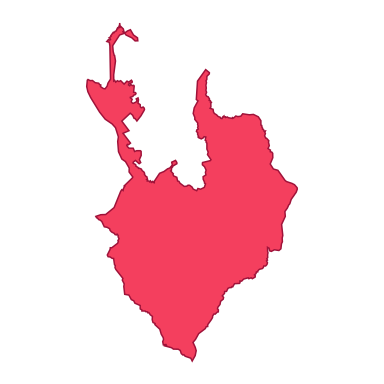 outline of Caloto, Cauca, Colombia
{"feature_id": "7082276B98035381809124", "entity_name": "Caloto", "entity_type": "district", "adm_level": 2, "iso_a3": "COL", "parent_name": "Colombia", "parent_adm1": "Cauca", "projection": "albers", "projection_center": [-76.384, 3.067], "detail": "fine", "context": "isolated", "style": "filled", "palette": "rose", "viewbox_px": 384, "rotation_deg": 0, "n_neighbors": 0, "source": "geoboundaries", "source_scale": "gbopen_adm2", "svg_char_len": 6005}
<svg xmlns="http://www.w3.org/2000/svg" viewBox="0 0 384 384"><path d="M123.3,28.9L120.0,25.7L119.7,23.0L119.5,25.6L120.5,27.0L119.9,27.5L119.0,26.3L118.5,27.6L117.7,27.6L117.3,28.5L117.6,28.8L116.8,29.2L116.4,30.8L115.3,31.2L113.9,32.8L113.3,32.3L110.8,35.7L111.0,36.4L109.1,37.8L110.0,38.4L110.5,39.5L109.7,40.1L108.4,39.6L106.8,41.5L109.3,42.3L109.9,45.9L110.5,79.1L108.0,83.1L107.1,86.2L105.1,88.8L103.3,88.5L100.5,86.6L100.8,85.0L99.6,84.6L98.7,83.2L95.2,82.7L92.5,80.5L90.1,80.6L88.0,79.5L87.3,80.2L86.7,86.6L87.9,91.8L90.7,97.6L99.6,112.1L105.2,119.2L112.1,123.9L115.5,127.7L118.4,136.9L117.7,141.4L118.5,151.7L121.8,159.0L125.5,161.6L129.2,168.0L129.1,172.0L132.8,177.0L132.3,178.0L124.2,185.9L124.8,186.2L123.4,188.6L123.1,190.5L121.8,189.7L120.7,191.3L114.1,207.6L105.7,214.5L100.8,214.7L95.8,216.4L96.6,217.8L97.4,218.0L98.7,219.6L100.3,220.2L101.8,221.5L104.3,226.8L107.1,227.3L109.6,228.7L110.1,230.4L111.6,232.0L114.3,233.4L115.1,234.6L116.7,234.9L117.1,234.2L118.2,235.5L118.1,236.8L119.0,238.7L117.9,240.7L118.3,241.5L117.7,243.2L111.7,247.8L110.3,247.7L110.1,249.4L107.3,255.0L108.1,256.7L110.2,257.0L112.2,258.4L113.6,258.4L114.5,264.7L115.3,265.6L115.0,267.6L115.9,269.5L122.9,278.4L122.3,280.1L124.2,283.9L123.8,286.4L124.7,294.3L128.9,295.1L131.3,299.6L133.8,300.8L134.9,303.2L140.2,305.5L140.2,308.9L141.9,310.0L141.9,311.0L145.1,311.0L145.5,311.6L147.6,311.9L147.8,312.8L149.0,312.8L150.3,314.8L152.4,316.4L152.2,319.7L153.0,322.5L155.1,323.5L154.9,324.6L159.8,329.2L161.2,334.1L163.3,337.8L163.5,339.7L162.7,341.6L163.3,344.8L166.0,344.5L166.4,345.3L163.7,345.6L171.5,347.7L173.4,349.1L178.2,349.2L180.2,350.4L181.3,353.6L182.9,355.0L183.8,354.7L185.1,356.2L190.8,358.2L192.2,361.0L195.2,355.6L196.2,350.7L195.2,347.2L193.0,342.4L195.5,339.4L198.7,333.6L205.3,328.6L206.2,326.7L207.7,326.5L207.7,324.7L211.3,319.7L212.5,317.6L212.7,315.8L214.0,314.0L215.2,314.1L217.4,312.0L218.3,311.9L218.4,309.8L217.5,308.9L217.8,307.3L220.0,304.5L220.6,301.3L223.2,299.2L223.6,297.4L222.3,295.9L224.5,293.4L224.6,291.5L226.5,291.4L228.0,288.3L229.9,287.5L231.0,287.7L232.0,286.6L232.7,286.9L234.5,283.7L239.5,283.4L240.0,282.7L239.9,281.1L241.7,281.1L243.6,279.1L248.2,277.8L248.8,278.7L251.2,277.8L252.3,278.7L255.1,277.1L255.3,275.7L254.5,274.9L256.0,273.6L256.4,271.9L257.7,271.9L258.0,270.6L259.4,269.3L262.3,268.6L263.3,267.6L263.8,266.0L265.6,266.0L266.9,264.6L267.5,262.8L266.5,260.9L267.5,260.1L266.8,258.7L267.7,257.7L267.6,254.7L268.0,252.8L267.6,251.4L267.5,247.3L269.1,248.2L269.7,250.8L271.3,251.4L274.4,249.8L278.9,250.5L280.9,248.8L281.5,243.7L282.4,241.8L282.2,238.0L282.8,235.5L281.6,224.4L285.3,216.4L284.9,211.5L287.4,208.0L288.7,205.0L289.8,203.8L291.2,199.4L296.2,192.2L297.3,189.1L297.1,187.7L294.5,184.7L292.0,183.4L286.6,181.6L285.1,180.5L277.9,170.3L273.4,169.0L270.2,164.0L272.8,157.7L272.7,153.3L271.8,152.1L270.3,151.7L270.4,150.1L268.0,148.6L269.3,145.7L268.5,142.2L268.8,140.7L266.5,138.2L265.8,138.2L264.6,135.9L265.4,133.5L264.8,132.3L265.4,131.0L264.1,131.2L263.7,129.9L262.5,129.1L262.7,128.3L262.1,127.6L261.7,125.4L260.9,125.0L260.9,120.7L258.3,116.8L253.4,114.4L249.4,114.8L242.7,113.8L240.8,116.2L237.8,116.6L235.8,116.0L233.5,118.1L232.5,117.6L232.3,118.4L228.2,117.7L227.5,117.0L225.7,117.5L225.5,116.8L223.9,117.0L223.9,116.0L222.9,116.7L222.1,118.5L221.5,118.5L220.6,118.2L220.5,117.4L218.0,116.4L216.6,114.8L214.4,113.5L213.5,112.0L213.1,109.3L210.1,108.3L210.9,106.9L210.8,103.4L211.4,102.4L210.4,102.0L210.7,101.3L210.2,100.6L209.2,100.4L209.5,99.0L208.2,96.8L206.6,96.2L205.7,94.6L206.6,92.3L205.9,90.3L206.3,88.1L205.9,85.2L206.5,82.7L206.0,80.8L206.8,79.5L206.9,76.3L209.3,73.9L209.4,72.7L205.7,69.6L197.5,81.1L196.3,99.5L198.0,100.9L194.2,107.9L193.2,113.5L194.8,117.4L194.8,119.4L197.8,123.1L197.6,124.6L198.2,126.1L197.6,127.3L198.3,129.0L196.9,129.8L196.4,131.4L197.8,132.9L197.5,134.0L198.4,136.2L198.1,136.9L198.7,137.0L198.7,137.7L201.3,138.9L203.2,137.9L204.1,136.7L205.8,137.0L205.2,140.3L206.1,140.8L206.2,142.5L206.9,143.1L206.9,149.1L208.2,152.1L207.5,154.6L211.0,159.7L210.4,160.6L202.6,162.5L202.4,163.0L202.4,164.8L204.5,166.7L206.1,170.1L205.4,172.4L205.9,174.9L203.1,176.7L203.2,179.3L204.5,182.1L204.5,183.1L205.5,183.9L204.3,187.4L200.6,189.2L197.9,188.5L196.7,190.7L193.2,189.1L192.1,187.1L189.7,185.3L188.0,185.2L186.7,186.2L184.2,186.4L180.0,183.2L178.9,181.3L177.6,181.0L176.8,177.3L173.6,175.9L173.0,174.5L173.3,173.8L170.7,170.9L171.4,170.4L171.6,168.0L172.6,166.9L172.3,166.4L176.9,163.7L176.8,162.4L175.5,160.4L171.7,162.2L172.3,165.0L169.8,168.0L167.6,168.8L164.0,171.5L159.6,173.3L154.3,181.3L154.3,182.7L153.2,182.4L152.7,181.4L151.3,182.4L150.5,180.9L149.6,181.8L149.0,181.0L147.3,181.0L147.5,180.2L146.7,179.6L147.5,179.2L146.8,176.7L145.8,176.3L144.4,174.2L144.6,173.3L143.9,172.0L142.1,170.6L141.4,169.1L139.3,168.2L138.5,168.4L138.1,167.5L135.8,166.1L135.9,165.1L135.3,164.4L133.2,163.3L133.2,162.2L135.4,160.4L139.1,163.7L140.7,162.6L139.4,159.6L141.2,155.4L141.1,151.3L140.3,150.7L136.7,150.7L134.6,151.5L133.2,148.2L129.0,148.2L127.5,146.7L126.8,145.3L127.4,144.4L128.4,144.8L130.5,143.1L123.0,133.3L129.0,130.7L121.8,121.1L130.2,113.2L132.6,115.2L134.1,118.4L135.2,118.6L136.9,121.0L140.9,115.9L144.0,110.6L144.5,109.4L144.2,108.1L143.1,107.0L141.7,107.7L140.9,107.5L140.3,106.6L140.2,104.6L138.0,103.2L138.5,99.7L138.0,97.9L136.2,98.9L137.0,100.6L136.1,102.0L133.3,103.3L132.6,103.2L131.5,102.3L131.3,101.3L132.2,99.3L130.3,97.8L130.3,97.3L132.8,96.5L133.7,95.2L135.5,94.5L136.0,93.4L135.5,92.6L133.6,92.3L134.2,86.0L133.7,85.3L132.3,85.6L130.8,84.5L129.7,85.8L128.5,85.0L128.7,84.0L132.1,82.5L132.2,81.3L131.4,80.2L128.7,82.1L127.0,81.1L124.1,84.1L120.7,80.7L118.9,81.5L117.4,80.7L115.7,82.1L114.7,80.4L113.8,81.0L113.7,74.8L115.5,61.0L114.6,55.5L114.2,55.4L113.2,51.5L112.7,45.7L119.6,35.0L123.9,33.5L123.2,32.1L124.3,32.5L126.0,35.0L131.8,37.8L135.1,40.9L137.8,40.8L137.5,37.8L133.5,35.0L130.4,29.7L127.4,31.0L124.8,32.9L124.0,31.8L123.3,28.9Z" fill="#f43f5e" stroke="#9f1239" stroke-width="1.5"/></svg>